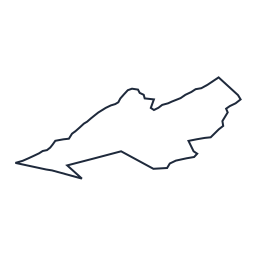 the district of Altaneira, Ceará, Brazil
{"feature_id": "56859067B38427988567016", "entity_name": "Altaneira", "entity_type": "district", "adm_level": 2, "iso_a3": "BRA", "parent_name": "Brazil", "parent_adm1": "Ceará", "projection": "orthographic", "projection_center": [-39.704, -6.984], "detail": "fine", "context": "isolated", "style": "outline", "palette": "slate", "viewbox_px": 256, "rotation_deg": 0, "n_neighbors": 0, "source": "geoboundaries", "source_scale": "gbopen_adm2", "svg_char_len": 994}
<svg xmlns="http://www.w3.org/2000/svg" viewBox="0 0 256 256"><path d="M167.1,168.0L169.8,163.5L175.9,160.6L186.5,158.3L194.1,157.0L197.2,153.7L193.6,151.3L188.5,140.9L196.6,139.3L204.8,137.9L210.7,137.3L218.8,129.3L223.2,125.9L222.4,121.1L227.7,112.4L226.1,108.7L229.8,106.1L235.6,103.3L240.6,99.4L238.0,95.1L218.6,77.4L213.5,80.8L207.5,84.8L201.3,88.2L195.6,89.2L191.3,92.0L185.4,94.8L180.6,98.1L171.8,101.6L168.1,103.3L162.2,104.9L158.4,107.8L153.9,110.0L150.8,107.9L153.9,99.4L144.7,98.4L143.7,94.8L139.7,92.9L138.0,89.6L132.0,88.7L127.8,90.2L123.9,94.4L120.3,98.5L118.3,102.3L115.2,104.1L110.9,105.4L105.7,107.9L98.3,112.5L95.0,115.1L90.9,118.4L87.1,121.7L83.9,123.6L79.9,127.3L75.7,131.0L72.0,133.7L68.9,138.7L63.5,139.3L59.0,140.1L55.3,140.8L52.6,144.6L50.2,147.6L47.0,150.1L42.7,151.0L39.1,153.3L33.2,156.1L28.2,158.4L22.7,160.8L15.4,162.9L46.2,169.5L52.0,170.4L81.9,178.6L67.2,165.4L94.2,158.4L121.1,151.3L153.4,168.8L167.1,168.0Z" fill="none" stroke="#1e293b" stroke-width="2"/></svg>